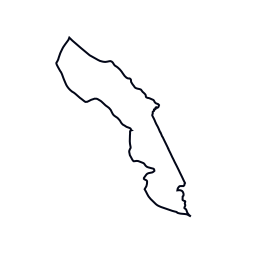 the district of Nam Can, Cà Mau, Vietnam, rotated 65°
{"feature_id": "81297802B77939005638096", "entity_name": "Nam Can", "entity_type": "district", "adm_level": 2, "iso_a3": "VNM", "parent_name": "Vietnam", "parent_adm1": "Cà Mau", "projection": "mercator", "projection_center": [105.085, 8.782], "detail": "fine", "context": "isolated", "style": "outline", "palette": "ink", "viewbox_px": 256, "rotation_deg": 65, "n_neighbors": 0, "source": "geoboundaries", "source_scale": "gbopen_adm2", "svg_char_len": 4588}
<svg xmlns="http://www.w3.org/2000/svg" viewBox="0 0 256 256"><g transform="rotate(65 128 128)"><path d="M105.6,98.1L105.0,98.1L104.0,98.4L102.2,99.1L101.7,99.4L99.9,99.8L98.8,100.0L98.4,100.3L98.1,100.6L97.7,101.0L97.3,101.5L96.4,102.7L95.6,103.6L95.0,104.1L94.4,104.5L93.8,104.7L92.5,104.9L90.3,105.4L88.5,105.6L87.6,105.7L87.1,105.5L86.6,105.4L85.7,105.0L85.1,105.0L84.6,105.1L84.2,105.3L84.0,105.5L83.8,105.6L83.4,106.5L82.9,107.2L82.3,107.7L81.6,108.2L80.5,108.6L79.6,109.0L78.1,109.3L75.9,109.7L74.5,109.9L73.2,110.2L71.4,110.7L69.9,111.3L68.7,111.8L67.6,112.4L66.1,113.4L65.3,113.7L64.3,113.9L63.2,114.0L62.1,114.2L61.1,114.6L60.5,115.1L60.3,115.3L60.0,115.6L59.8,116.1L59.6,116.6L59.4,117.5L59.1,118.8L58.9,119.5L58.5,120.7L58.0,121.6L57.3,122.7L56.4,123.8L55.3,125.1L54.4,125.8L53.8,126.3L45.9,132.0L35.7,136.8L25.5,141.4L21.3,143.0L23.0,144.8L25.9,150.1L26.4,150.9L27.0,152.0L28.2,153.7L29.6,155.4L30.4,156.4L31.6,157.8L34.7,160.8L35.8,161.8L36.3,162.2L36.8,162.8L37.4,163.5L38.1,164.5L38.7,165.4L39.1,165.6L39.5,165.7L40.7,165.8L43.4,165.7L46.0,165.5L47.5,165.4L49.2,165.1L51.4,165.1L53.7,165.3L56.1,165.5L58.4,165.6L61.2,165.7L63.3,165.7L64.9,165.5L66.8,165.1L68.1,164.7L69.5,164.2L70.5,163.7L71.6,163.2L72.8,162.3L74.7,161.3L80.4,158.8L82.0,157.9L85.0,156.4L85.9,155.9L86.4,155.5L86.7,154.7L87.0,153.9L87.0,153.2L87.0,152.4L86.9,149.4L87.2,147.0L87.3,145.9L87.8,144.9L88.2,144.1L88.6,143.7L89.0,143.3L90.2,142.5L91.5,141.6L92.5,141.0L95.2,139.9L97.0,139.2L98.2,138.7L99.6,137.9L100.9,137.2L101.9,136.7L103.3,136.3L104.5,136.0L106.2,136.0L108.7,135.9L110.2,135.6L111.1,135.2L112.0,134.7L113.8,133.6L114.8,133.1L115.5,132.9L117.0,132.4L118.5,132.1L120.2,132.0L121.4,131.7L122.3,131.4L123.0,131.1L124.3,130.1L125.5,129.4L126.4,128.8L128.2,127.0L129.0,126.3L129.5,126.0L129.9,125.9L130.9,126.0L131.3,126.0L131.6,125.8L131.5,126.6L131.7,127.3L132.2,127.7L133.6,128.3L135.6,129.4L140.8,132.0L143.2,132.9L146.4,133.7L147.2,134.1L147.9,135.1L149.1,136.4L150.1,137.0L151.8,137.4L153.5,137.8L156.0,137.6L158.2,137.5L159.7,137.3L160.6,136.8L161.0,135.6L161.5,134.0L162.3,132.7L164.9,130.2L166.4,128.8L167.3,128.4L169.6,128.0L171.1,127.3L172.2,126.3L174.8,123.2L175.5,122.3L176.1,121.9L177.0,121.9L178.0,122.2L178.4,123.5L178.5,124.8L177.6,128.5L177.6,129.9L178.0,131.1L180.0,134.7L180.8,135.1L181.5,134.8L182.7,133.8L183.5,133.3L184.1,133.2L184.8,133.4L186.6,134.4L188.5,135.9L190.5,138.8L193.2,138.6L196.3,138.5L198.8,138.3L201.9,137.5L208.8,134.9L210.5,134.0L211.8,133.0L213.6,131.4L221.9,122.8L223.4,121.0L224.2,120.0L224.7,119.4L225.1,119.3L225.7,119.1L226.0,118.8L226.7,118.0L227.7,116.7L228.2,115.9L229.9,113.0L230.8,111.6L231.6,110.7L234.7,108.5L234.2,108.7L232.7,109.4L230.9,109.9L230.0,110.0L229.0,110.0L228.3,109.9L226.9,109.8L226.4,109.8L226.0,109.9L225.3,110.3L225.0,110.5L224.6,110.7L224.4,110.7L224.2,110.6L223.8,110.4L223.5,110.0L222.9,109.3L222.6,109.0L222.3,108.8L221.7,108.6L220.6,108.5L220.2,108.3L219.8,108.0L219.5,107.7L219.1,107.3L218.9,107.2L218.6,107.2L218.3,107.3L217.5,108.2L216.7,108.7L216.3,108.9L215.9,108.8L215.5,108.6L214.2,107.9L213.5,107.6L213.2,107.4L213.0,107.1L212.9,106.6L212.7,106.3L212.1,105.9L211.4,105.6L210.7,105.4L209.4,105.3L208.7,105.4L208.0,105.6L207.3,106.1L206.8,106.6L206.3,107.3L205.8,108.4L205.4,109.6L204.7,109.1L204.2,108.8L203.6,108.1L203.0,107.1L202.8,106.5L202.7,106.3L202.6,106.1L202.6,105.8L202.7,105.3L203.4,103.7L203.8,102.9L204.0,102.5L204.0,102.1L203.9,101.7L203.7,101.3L203.5,101.0L203.3,100.8L202.7,100.5L202.3,100.2L202.2,99.9L202.0,99.6L201.8,99.6L199.6,99.7L195.2,99.7L190.4,99.8L188.0,99.8L183.5,99.9L178.1,100.1L175.7,100.1L173.1,100.2L168.9,100.2L164.7,100.3L163.9,100.3L163.6,100.3L163.6,100.2L153.4,100.4L152.0,100.4L151.0,100.4L150.2,100.6L149.3,100.6L148.1,100.5L147.0,100.5L145.8,100.4L145.6,100.6L145.0,100.6L144.8,100.6L144.0,100.6L141.7,100.5L139.4,100.5L138.1,100.6L136.6,100.7L135.3,100.7L134.2,100.7L132.3,100.6L130.3,100.6L128.2,100.7L127.6,100.7L127.2,100.7L126.9,100.7L126.6,100.6L126.2,100.3L125.8,99.9L125.4,99.5L124.5,99.1L123.8,98.7L123.7,98.5L123.6,98.1L123.5,97.4L123.4,97.1L123.1,96.9L122.5,96.8L122.3,96.7L122.2,96.5L122.1,96.2L122.5,95.5L122.5,95.3L122.5,95.1L122.4,95.0L121.7,94.7L121.2,94.4L121.1,93.9L121.1,93.6L121.4,93.4L122.0,93.1L122.1,92.6L122.0,92.1L121.7,91.4L120.8,90.6L120.4,90.2L119.9,90.3L119.3,90.5L119.0,90.7L118.5,91.2L117.6,92.1L116.7,92.6L116.0,92.8L115.0,92.9L114.1,92.9L113.8,93.0L113.3,93.2L112.8,93.6L111.8,94.5L110.3,95.8L109.5,96.7L108.9,97.6L108.2,98.2L107.8,98.5L107.4,98.5L107.0,98.5L106.1,98.2L105.6,98.1Z" fill="none" stroke="#020617" stroke-width="2"/></g></svg>